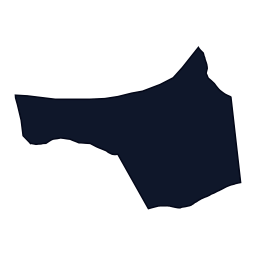 Corinth/La Bel Lair, Gros Islet, Saint Lucia
{"feature_id": "8701671B91089309525348", "entity_name": "Corinth/La Bel Lair", "entity_type": "district", "adm_level": 2, "iso_a3": "LCA", "parent_name": "Saint Lucia", "parent_adm1": "Gros Islet", "projection": "orthographic", "projection_center": [-60.945, 14.045], "detail": "fine", "context": "isolated", "style": "filled", "palette": "ink", "viewbox_px": 256, "rotation_deg": 0, "n_neighbors": 0, "source": "geoboundaries", "source_scale": "gbopen_adm2", "svg_char_len": 1948}
<svg xmlns="http://www.w3.org/2000/svg" viewBox="0 0 256 256"><path d="M15.4,95.2L15.6,97.9L17.5,104.7L21.2,120.2L23.1,135.7L29.7,142.5L30.5,143.6L31.1,143.4L36.0,144.3L38.7,144.0L39.3,144.0L41.0,143.9L42.6,143.5L43.4,143.4L45.9,143.3L47.6,142.2L49.4,141.0L51.6,139.7L53.1,139.1L53.7,139.0L55.1,138.8L56.8,138.6L57.6,138.5L58.6,138.3L60.6,137.9L63.1,138.2L63.8,138.3L67.7,138.9L70.2,139.2L72.4,140.2L74.8,141.1L76.6,141.8L77.3,142.1L79.0,142.8L80.6,142.8L81.2,142.8L85.1,143.1L88.1,143.3L90.2,143.4L96.3,146.6L98.1,147.4L99.5,148.0L100.6,148.4L102.8,149.3L104.0,149.8L106.4,150.8L108.3,152.3L109.9,153.1L110.5,153.4L112.2,154.2L113.7,154.4L114.7,154.5L115.5,154.5L116.3,154.4L116.8,154.3L117.8,154.2L148.4,208.6L152.0,207.6L155.1,206.8L158.7,205.9L159.5,205.9L160.1,205.8L162.2,205.8L164.0,205.8L166.0,205.8L167.1,205.7L168.5,205.9L169.4,205.9L171.0,206.3L173.2,206.8L176.1,207.4L177.9,207.7L179.5,207.8L180.2,207.8L180.8,207.5L181.8,207.1L185.2,206.6L186.6,206.3L187.8,206.0L189.0,205.8L190.9,205.2L191.9,204.5L193.3,203.7L194.7,202.5L196.2,201.8L196.7,201.5L198.4,200.3L199.4,199.8L201.2,198.7L202.4,198.2L204.6,197.2L206.3,196.6L206.8,196.4L207.5,196.1L209.4,195.2L209.9,194.9L210.7,194.3L212.8,193.4L213.7,193.1L214.3,192.8L217.5,191.1L219.0,190.5L220.7,189.6L221.2,189.4L222.7,188.6L225.5,187.1L226.3,186.7L227.2,186.3L228.5,185.8L229.2,185.5L230.8,184.9L234.1,184.1L235.4,183.6L237.9,183.0L240.0,182.6L240.6,182.5L230.9,97.1L230.2,96.6L227.7,95.5L225.6,94.5L224.3,93.7L222.5,92.4L219.9,90.4L218.5,89.0L217.2,87.4L216.2,86.2L214.3,83.6L212.7,82.1L211.1,80.6L209.7,79.4L208.3,78.3L207.7,77.1L207.0,75.3L206.1,73.4L206.4,71.8L207.2,68.6L207.1,67.0L206.7,64.5L206.1,62.5L205.1,59.7L204.7,57.8L204.0,56.0L203.5,54.0L203.2,53.0L200.4,50.2L199.0,48.5L198.4,47.4L182.3,67.7L173.2,77.8L160.2,84.5L142.6,91.2L131.6,93.2L117.9,96.6L104.9,98.6L89.3,99.3L72.3,99.3L55.4,99.3L27.4,95.9L15.4,95.2Z" fill="#0f172a" stroke="#020617" stroke-width="1.5"/></svg>